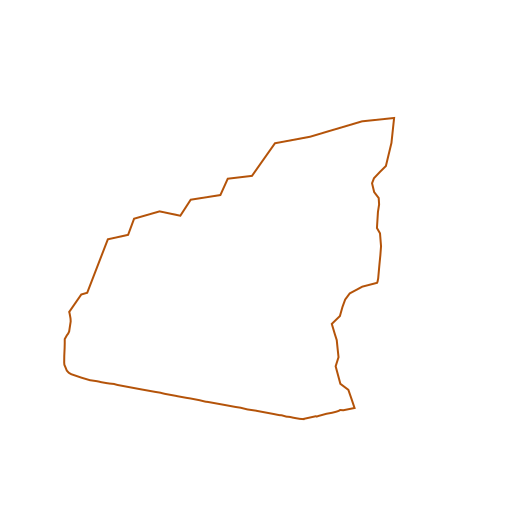 Fouli, Lac, Chad (orthographic projection), rotated 293°
{"feature_id": "50815135B95453652867262", "entity_name": "Fouli", "entity_type": "district", "adm_level": 2, "iso_a3": "TCD", "parent_name": "Chad", "parent_adm1": "Lac", "projection": "orthographic", "projection_center": [13.802, 14.046], "detail": "fine", "context": "isolated", "style": "outline", "palette": "amber", "viewbox_px": 512, "rotation_deg": 293, "n_neighbors": 0, "source": "geoboundaries", "source_scale": "gbopen_adm2", "svg_char_len": 1857}
<svg xmlns="http://www.w3.org/2000/svg" viewBox="0 0 512 512"><g transform="rotate(293 256 256)"><path d="M399.6,274.5L392.7,266.2L387.0,259.3L367.2,229.4L344.1,224.4L328.2,221.0L316.1,199.8L306.8,199.6L298.2,199.4L282.3,173.9L263.5,170.6L259.4,149.8L242.7,129.2L234.2,129.6L225.5,130.0L213.5,113.1L192.2,113.8L168.2,114.6L156.2,115.0L152.3,110.2L131.5,105.9L131.1,106.3L129.5,107.4L126.6,109.3L125.6,109.9L123.3,111.0L113.5,113.5L111.1,113.4L109.2,112.9L104.8,112.4L100.8,114.1L96.5,115.8L93.0,117.1L89.0,118.6L84.6,120.4L82.9,121.1L81.0,122.1L78.9,124.3L76.6,126.6L75.4,129.2L75.3,129.8L75.1,131.3L75.0,132.0L75.8,142.9L75.9,143.8L76.8,151.8L76.9,152.1L77.2,153.2L78.6,158.5L79.1,161.0L79.3,162.5L80.7,168.5L81.1,169.9L81.2,170.5L82.7,175.2L83.0,177.7L83.2,179.0L85.2,188.1L88.5,203.0L91.5,216.2L92.3,219.4L92.8,221.4L93.0,223.0L93.5,226.0L96.0,237.1L96.2,238.3L98.3,247.6L99.2,251.1L100.1,255.3L101.2,260.4L101.9,264.8L102.1,266.0L102.4,267.3L102.6,267.7L103.3,270.6L106.6,285.2L108.8,295.1L109.1,296.4L110.3,301.0L111.4,308.0L113.7,316.7L113.7,317.0L117.5,334.2L118.2,337.7L118.7,339.9L119.4,341.8L120.0,346.7L120.1,347.0L121.0,349.7L121.5,352.2L121.5,352.5L122.3,356.1L123.2,359.9L123.5,360.8L124.5,363.7L124.8,363.7L131.9,373.7L131.9,374.6L132.8,375.6L133.5,376.4L134.5,377.7L136.4,380.1L138.3,382.5L141.3,387.1L143.4,389.9L144.2,390.9L145.8,392.7L147.1,393.6L148.1,396.6L154.6,406.1L161.6,399.9L168.9,393.3L171.3,383.6L185.6,372.4L195.1,371.5L203.0,367.1L210.1,363.2L215.0,359.0L223.1,352.3L233.5,356.7L242.9,355.5L250.8,355.1L258.2,356.9L269.3,365.8L278.6,377.9L279.9,377.9L283.2,377.2L295.9,373.1L305.2,370.2L313.8,367.3L325.3,361.3L329.0,356.4L344.3,351.0L351.5,349.2L357.3,346.3L361.0,339.8L368.3,334.4L373.7,334.2L382.0,337.3L389.6,340.4L413.0,336.5L437.0,329.2L421.4,301.0L399.6,274.5Z" fill="none" stroke="#b45309" stroke-width="2"/></g></svg>